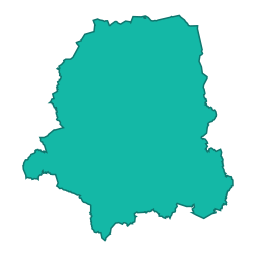 outline of Tacámbaro, Michoacán, Mexico
{"feature_id": "50627088B98696498668505", "entity_name": "Tacámbaro", "entity_type": "district", "adm_level": 2, "iso_a3": "MEX", "parent_name": "Mexico", "parent_adm1": "Michoacán", "projection": "albers", "projection_center": [-101.483, 19.25], "detail": "fine", "context": "isolated", "style": "filled", "palette": "teal", "viewbox_px": 256, "rotation_deg": 0, "n_neighbors": 0, "source": "geoboundaries", "source_scale": "gbopen_adm2", "svg_char_len": 5808}
<svg xmlns="http://www.w3.org/2000/svg" viewBox="0 0 256 256"><path d="M211.7,213.7L216.0,212.7L216.1,212.2L214.1,212.2L214.6,211.8L214.6,211.2L213.7,210.5L213.7,210.1L214.6,209.6L215.4,209.8L215.3,208.8L220.6,210.5L220.6,209.0L221.1,208.5L221.8,208.5L221.7,208.1L222.2,207.9L222.2,206.1L222.6,205.1L223.9,204.8L223.7,203.8L225.8,204.3L226.2,204.7L226.5,204.3L226.1,203.7L226.6,202.4L225.2,200.5L225.7,199.6L225.5,198.7L226.3,198.4L225.9,197.5L226.4,197.1L225.9,196.7L226.9,194.9L226.4,194.2L227.0,193.7L226.9,193.1L227.3,192.7L227.4,191.4L228.1,191.1L228.2,190.5L229.1,190.4L230.1,188.4L231.6,187.0L231.5,185.9L233.0,185.6L232.9,180.4L232.6,179.5L231.7,179.2L231.6,177.6L231.1,176.7L229.8,176.7L227.2,175.5L226.3,175.9L226.8,176.5L226.4,176.9L225.5,176.2L225.8,175.3L225.2,174.2L225.8,173.5L224.9,173.2L224.8,172.4L224.2,171.9L224.0,169.9L222.4,166.8L223.5,165.9L222.8,164.7L223.2,164.1L222.5,163.3L222.9,162.8L222.0,161.7L223.0,161.0L222.7,160.2L223.0,159.5L222.4,158.2L221.9,157.9L222.0,157.1L221.0,156.1L221.7,152.3L220.6,149.3L216.1,151.4L214.5,149.7L213.9,150.1L211.6,148.2L210.7,148.1L208.9,149.1L208.8,151.3L208.2,150.6L207.2,151.2L207.1,151.6L206.4,150.6L206.2,149.1L205.5,148.9L206.5,147.7L206.6,147.0L207.3,146.4L205.7,143.7L207.5,143.2L206.9,141.6L205.1,139.2L203.1,138.6L202.8,139.2L201.2,137.9L201.6,136.6L202.9,136.2L206.5,133.1L207.2,127.5L207.9,125.6L208.5,125.0L207.8,124.4L207.8,123.6L209.4,122.1L212.0,121.4L212.8,120.2L214.2,119.7L215.6,117.5L215.7,116.8L216.3,116.4L216.5,114.8L215.9,111.8L214.7,110.1L213.4,110.6L212.0,109.7L211.5,108.9L211.7,108.3L210.6,107.4L208.9,108.0L208.2,106.9L206.9,106.5L206.8,105.8L205.2,105.0L206.3,104.3L206.1,103.4L205.1,103.2L205.1,102.2L206.4,101.3L206.3,100.0L205.5,99.5L205.2,99.1L205.6,98.6L204.7,98.2L203.9,96.7L203.8,94.6L204.4,94.4L204.9,93.4L204.0,89.3L203.2,87.7L203.6,84.8L206.9,78.5L207.0,76.6L202.3,73.2L201.4,66.8L199.0,61.3L199.9,55.6L201.8,54.5L202.5,53.5L201.5,51.3L202.1,49.7L197.4,28.9L197.6,25.8L190.3,26.0L188.5,25.5L187.4,23.4L185.5,21.6L184.5,20.0L180.6,17.0L179.3,15.4L172.5,16.9L171.4,16.5L170.6,17.2L158.1,20.1L156.4,20.8L154.9,20.5L153.0,21.0L150.9,20.6L148.3,17.6L145.9,16.2L145.1,16.7L144.9,17.3L145.3,18.2L144.3,18.1L144.0,17.8L143.8,16.9L144.2,16.2L141.2,16.9L133.0,16.6L130.7,22.7L130.1,21.8L125.6,21.1L120.6,24.1L118.2,23.2L116.7,21.6L115.2,21.5L111.1,24.4L110.3,25.5L109.4,25.5L107.5,20.8L105.5,20.9L104.6,21.4L102.7,20.5L99.8,20.0L97.6,19.0L93.2,20.4L95.0,25.2L94.7,25.3L94.0,31.6L84.8,34.3L81.6,39.4L81.1,39.6L81.2,40.8L76.4,42.6L76.7,43.5L79.0,46.2L72.9,57.4L70.5,59.2L65.8,59.2L63.8,60.5L64.1,61.7L61.6,64.5L59.0,66.2L59.8,68.0L58.5,68.4L57.3,67.9L57.7,68.3L57.2,68.7L59.4,69.9L59.2,72.4L60.2,74.2L59.8,74.6L59.7,75.5L61.2,76.4L61.0,77.7L60.4,79.3L59.4,79.4L59.6,80.6L57.7,81.8L58.6,84.4L57.2,85.3L57.1,85.7L57.4,86.8L56.9,87.5L57.5,87.8L57.0,88.2L57.2,89.7L57.5,89.7L57.2,90.0L57.4,91.4L52.8,94.0L54.0,98.6L52.0,99.0L50.9,101.5L49.7,102.5L52.0,102.5L52.3,103.7L53.2,103.8L53.1,104.5L54.5,107.9L56.3,107.7L56.5,108.5L56.0,108.5L55.7,109.2L56.2,109.4L56.2,110.5L56.7,110.4L57.1,111.3L57.1,112.3L56.3,112.5L56.5,113.5L56.3,113.8L57.0,115.1L57.0,116.2L57.8,117.3L56.7,119.6L57.9,120.4L59.0,120.5L59.8,121.3L60.5,122.9L60.1,124.2L63.5,127.7L54.8,130.1L54.2,129.9L48.7,134.4L47.9,135.7L44.3,137.5L39.9,137.5L40.7,139.1L40.4,140.1L40.5,140.6L41.4,141.8L42.6,142.0L43.4,144.3L44.6,145.2L46.7,152.3L44.5,151.3L44.4,152.5L43.6,152.1L43.3,151.4L42.7,151.8L41.5,151.5L41.7,151.3L41.0,150.7L40.9,150.2L40.0,150.0L39.6,150.1L39.7,150.4L38.6,150.5L37.9,149.5L37.1,149.5L36.4,150.1L35.6,150.0L34.8,151.0L35.3,152.0L34.2,153.2L30.9,154.5L29.9,156.3L28.2,157.8L28.0,159.2L27.3,159.8L25.4,159.9L23.7,163.1L23.4,165.6L23.0,165.7L23.3,169.3L25.8,175.3L26.0,178.1L26.4,177.7L27.7,177.5L29.2,178.0L30.7,177.9L32.0,178.9L32.0,179.3L33.2,179.1L34.0,178.5L36.2,178.9L36.9,178.5L38.1,179.5L38.2,176.6L39.6,174.9L41.1,175.1L42.0,174.5L42.0,173.6L42.6,172.6L42.4,171.4L43.0,170.6L43.7,173.2L44.5,172.9L45.5,173.1L45.1,172.7L45.3,172.3L46.2,172.9L46.3,172.4L46.9,172.9L48.1,171.8L49.1,173.1L50.3,173.2L50.6,174.2L52.5,174.5L55.6,174.5L58.2,183.0L56.8,186.0L57.9,186.6L59.7,188.5L62.0,188.3L63.4,189.7L66.0,190.2L67.0,190.9L68.3,191.1L69.0,191.8L70.6,191.6L70.6,191.9L71.8,192.7L74.2,193.3L77.3,195.0L78.4,194.8L80.3,195.5L79.3,196.5L79.6,197.6L79.4,197.8L80.0,198.3L81.0,198.2L82.6,201.4L83.8,202.3L85.5,202.6L88.2,204.2L89.8,204.6L90.7,205.3L90.7,211.5L89.9,212.6L91.0,213.3L91.0,214.2L90.2,213.9L90.1,214.2L91.1,214.6L91.3,216.3L91.7,216.3L91.0,217.9L90.4,218.2L91.1,221.4L90.5,221.0L91.2,222.0L91.1,224.3L91.8,225.6L91.7,226.4L92.2,227.8L92.0,228.8L93.6,230.1L94.3,232.0L95.2,232.4L96.3,232.6L98.0,231.6L98.8,232.8L100.8,232.7L101.9,238.0L105.0,240.6L105.6,239.8L105.9,237.9L108.8,235.0L110.3,234.1L109.7,233.2L110.4,232.7L111.0,228.4L115.6,223.1L118.8,222.6L122.4,224.2L123.5,222.8L124.6,222.7L126.0,223.2L127.3,224.4L127.1,225.5L127.7,226.0L130.6,223.2L130.9,223.6L132.6,223.7L132.5,222.6L134.7,221.8L135.2,217.1L136.2,216.5L134.6,215.8L134.4,213.6L136.9,212.0L137.6,212.7L144.2,212.3L144.6,211.8L145.2,211.8L145.6,212.7L146.6,212.7L147.1,211.7L148.3,211.3L149.2,211.6L150.6,211.3L151.5,210.7L151.4,210.2L153.4,209.2L153.5,210.6L154.4,211.0L154.8,211.7L155.5,211.4L156.3,211.6L158.4,213.5L159.4,213.8L159.3,214.3L158.8,214.3L159.2,214.9L159.2,216.1L162.1,216.3L163.3,217.5L165.4,218.2L165.3,217.7L166.2,216.6L167.0,217.4L168.1,216.3L169.2,217.0L170.0,218.3L170.4,217.3L170.2,216.9L171.5,215.3L172.4,212.6L175.1,211.8L175.4,210.8L175.3,208.8L177.2,206.4L176.5,204.3L177.2,203.4L186.7,206.5L190.9,206.4L191.5,206.8L192.3,206.5L192.5,205.3L193.9,204.4L194.4,207.3L192.3,209.0L192.8,210.8L193.4,210.9L193.7,212.7L193.3,213.2L193.0,212.8L192.4,212.8L196.3,215.0L203.7,218.4L211.7,213.7Z" fill="#14b8a6" stroke="#0f766e" stroke-width="1.5"/></svg>